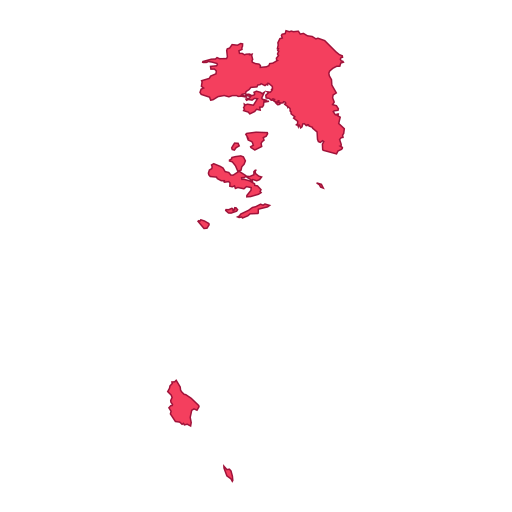 Attikis, Attiki, Greece (Robinson projection)
{"feature_id": "26713481B5850386890635", "entity_name": "Attikis", "entity_type": "district", "adm_level": 2, "iso_a3": "GRC", "parent_name": "Greece", "parent_adm1": "Attiki", "projection": "robinson", "projection_center": [23.511, 37.081], "detail": "fine", "context": "isolated", "style": "filled", "palette": "rose", "viewbox_px": 512, "rotation_deg": 0, "n_neighbors": 0, "source": "geoboundaries", "source_scale": "gbopen_adm2", "svg_char_len": 5949}
<svg xmlns="http://www.w3.org/2000/svg" viewBox="0 0 512 512"><path d="M202.9,61.5L202.7,62.3L203.6,62.5L206.7,62.4L208.2,61.5L212.1,62.1L217.0,63.5L217.4,64.5L216.6,65.8L210.5,66.4L210.9,69.1L214.5,69.1L216.3,70.9L216.0,73.8L210.6,76.1L209.3,78.4L201.6,80.7L202.1,81.9L201.4,86.3L203.6,88.0L201.1,89.2L200.0,92.4L201.2,94.4L209.6,97.2L210.7,100.2L213.1,99.7L218.1,96.6L224.2,95.5L228.9,96.8L232.3,95.6L236.7,95.6L238.2,96.4L241.7,96.2L246.2,97.1L245.8,96.3L241.4,95.1L242.1,94.3L245.6,93.5L246.0,91.6L249.1,89.6L250.8,87.4L256.9,86.9L257.9,84.9L260.0,84.7L261.1,83.7L265.0,85.6L266.6,84.3L267.6,84.9L267.9,83.3L268.9,83.5L272.3,86.4L272.5,88.5L271.6,89.4L272.3,89.9L270.4,92.2L267.3,91.8L268.5,92.8L265.8,95.2L266.1,97.9L269.4,98.5L271.2,100.2L272.1,100.2L272.3,99.1L273.6,98.6L273.2,99.0L274.5,99.4L273.5,100.6L273.8,101.0L276.2,102.0L277.6,102.1L278.2,100.7L278.9,100.8L278.6,102.3L275.8,102.9L277.6,104.7L279.0,104.6L280.5,103.7L279.6,103.8L279.7,102.6L281.1,103.1L283.0,102.8L283.6,101.7L284.8,101.9L285.8,103.1L285.1,104.4L284.6,104.2L284.4,103.4L284.6,104.2L287.5,106.4L287.8,107.3L288.1,106.9L289.5,107.9L290.2,108.9L290.1,111.0L291.0,111.8L291.1,113.8L294.8,116.8L293.6,118.1L297.7,121.3L297.6,123.9L295.8,125.0L297.7,124.9L298.3,126.5L298.6,125.2L299.4,125.1L300.6,127.9L302.0,126.8L302.8,123.9L304.4,123.7L306.2,125.6L307.1,125.5L307.3,124.7L308.5,124.8L309.0,126.0L312.4,127.3L312.6,128.2L317.1,132.0L317.5,139.3L318.4,141.6L320.3,142.4L322.6,140.7L323.8,141.6L322.4,144.1L322.7,149.7L323.3,150.3L336.5,153.9L338.0,151.0L341.6,149.3L342.3,148.3L342.4,147.4L340.2,146.1L341.1,145.8L341.2,144.4L339.6,139.5L341.3,137.6L343.0,137.4L342.6,135.1L343.7,133.4L344.3,128.7L338.7,123.5L340.2,117.2L338.0,115.9L338.3,114.0L337.1,114.1L337.1,115.1L335.3,114.7L333.2,111.7L334.3,110.8L338.0,110.3L338.4,108.8L336.4,105.7L332.6,104.6L334.2,102.1L332.6,97.8L333.1,95.0L336.3,92.9L331.8,85.0L331.5,79.7L329.3,75.8L328.8,73.1L329.7,71.0L333.0,68.2L336.6,66.3L339.8,66.2L340.7,63.1L343.4,62.2L342.7,61.2L341.3,61.0L340.3,59.2L341.1,57.5L342.5,57.3L342.3,55.8L339.3,54.6L336.1,52.0L324.7,40.6L317.9,38.2L315.9,38.9L312.2,36.5L307.4,35.8L303.4,33.4L300.3,34.1L298.3,31.2L293.4,31.7L291.3,31.1L289.4,31.7L286.0,30.7L285.2,33.6L282.2,34.2L281.4,35.4L282.3,38.0L279.9,38.6L277.9,42.7L278.2,45.1L277.4,48.6L278.4,48.7L277.7,50.4L278.7,51.2L277.5,54.0L278.5,55.6L276.4,58.2L276.7,60.2L277.4,60.5L272.7,63.2L269.7,63.6L268.8,65.7L266.4,66.8L260.3,67.4L260.4,65.5L259.0,64.1L255.4,63.6L252.3,62.2L252.0,60.7L252.7,59.5L251.7,55.5L252.1,54.2L250.1,54.8L249.5,54.7L249.6,54.0L246.2,54.2L244.5,54.8L242.2,53.4L239.5,53.4L238.9,50.8L242.0,49.4L241.8,47.9L242.5,46.2L242.6,43.9L240.7,43.5L237.5,45.2L232.1,44.6L229.6,48.1L227.3,48.8L226.7,50.4L227.4,56.9L226.5,58.6L219.6,58.7L217.0,57.6L215.5,59.0L211.3,59.2L202.9,61.5ZM180.2,387.0L176.2,380.3L174.7,381.8L171.9,382.0L172.3,383.4L170.0,385.9L169.5,388.3L167.7,391.6L171.2,395.1L172.1,397.5L170.7,400.5L170.9,402.1L172.5,404.5L172.2,405.5L170.8,405.7L168.9,407.8L171.1,411.3L170.4,413.9L175.4,421.5L179.7,422.1L182.1,424.3L183.5,423.4L184.4,424.9L187.2,424.2L190.6,426.0L191.2,422.6L190.2,417.4L191.7,410.3L194.0,408.9L197.0,410.2L199.0,406.7L198.7,405.5L191.2,398.3L185.7,394.6L184.2,394.4L181.7,391.9L180.6,390.2L180.2,387.0ZM246.8,196.8L250.5,196.6L258.4,194.3L261.1,192.6L260.1,191.5L261.0,189.7L257.5,185.9L254.7,185.4L254.5,183.7L249.4,180.8L243.3,179.1L243.8,179.4L241.9,179.4L241.6,177.7L244.6,177.4L245.8,176.3L245.8,175.6L238.5,170.9L241.0,170.2L241.8,166.7L244.1,164.2L245.4,160.9L243.4,156.9L240.8,155.9L235.5,156.6L231.9,157.5L231.6,158.9L229.5,160.1L229.5,161.0L232.4,161.9L235.5,165.8L238.1,171.9L233.1,175.2L230.9,175.1L228.8,172.5L225.1,171.6L223.0,168.0L220.3,166.4L213.7,163.7L211.5,165.0L212.2,166.8L211.8,168.6L209.4,170.0L208.4,173.1L208.8,174.8L210.2,176.5L216.5,177.1L217.3,178.6L221.2,180.7L224.3,180.7L224.0,181.8L224.5,182.2L228.7,181.6L230.0,183.0L229.8,186.2L232.3,186.8L234.5,185.9L235.4,188.4L237.9,187.5L243.9,188.8L246.5,186.6L251.2,187.6L251.0,190.3L246.9,195.4L246.8,196.8ZM262.1,93.7L260.6,92.4L256.5,91.2L254.0,92.3L254.7,94.1L253.9,95.1L251.8,95.6L248.8,94.2L246.0,94.5L245.7,95.4L250.7,96.5L249.5,98.1L245.9,99.1L246.6,100.3L248.2,99.5L252.1,100.1L254.5,98.4L257.5,98.7L253.4,105.2L247.5,104.2L245.4,104.9L244.3,104.1L244.5,106.3L243.6,107.5L244.4,109.2L243.6,110.6L248.3,112.1L249.8,113.9L254.7,111.5L256.5,109.3L260.2,110.1L259.7,107.2L262.4,107.0L263.5,105.3L263.8,102.2L269.0,101.3L263.5,100.8L265.4,100.0L262.5,99.3L261.7,98.1L264.3,92.3L262.1,93.7ZM256.0,132.2L246.8,133.4L245.8,134.3L247.5,137.2L247.6,137.4L247.2,137.2L247.2,137.4L248.2,140.0L251.7,141.6L252.4,142.5L253.3,145.3L250.6,146.7L250.9,147.5L254.8,150.0L261.7,146.5L261.1,143.4L262.2,141.6L264.0,140.2L263.3,137.6L266.1,136.3L267.6,133.8L267.3,132.6L256.0,132.2ZM269.6,205.4L264.9,204.0L263.1,205.2L260.6,204.2L255.7,206.7L252.4,207.5L248.6,210.3L240.8,214.0L239.2,216.1L237.6,216.9L239.1,217.5L241.7,217.0L242.5,218.0L247.8,215.8L250.1,213.8L257.8,213.5L258.3,213.0L258.3,209.2L267.6,206.9L269.6,205.4ZM261.6,177.0L258.7,176.1L255.7,173.7L255.0,171.7L255.8,170.3L255.3,170.2L253.9,171.6L253.9,174.7L249.8,176.5L246.9,176.3L246.9,177.2L250.4,179.4L252.0,181.7L252.5,181.4L251.9,179.9L252.8,179.5L256.7,180.8L259.6,179.6L261.6,177.0ZM204.5,221.0L200.8,219.8L199.9,221.1L198.7,220.7L198.0,221.3L204.0,228.5L207.0,228.2L209.1,224.8L208.9,223.6L204.5,221.0ZM226.9,469.6L223.9,466.2L224.0,468.1L226.9,475.9L230.9,478.8L232.3,481.3L232.8,480.4L232.4,476.2L231.0,471.0L229.4,469.2L226.9,469.6ZM237.6,209.7L236.0,207.8L234.8,207.7L234.6,209.5L233.6,210.5L233.0,210.6L233.0,209.0L231.9,208.3L228.7,209.7L226.0,209.6L225.7,210.5L228.5,213.0L231.1,213.1L236.6,211.2L237.6,209.7ZM238.1,143.3L234.6,143.1L233.6,144.6L231.7,147.8L232.2,149.5L234.4,150.1L236.1,147.7L239.2,145.9L238.1,143.3ZM321.4,184.3L316.6,182.9L319.4,184.8L320.6,187.1L323.3,188.1L321.4,184.3Z" fill="#f43f5e" stroke="#9f1239" stroke-width="1.5"/></svg>